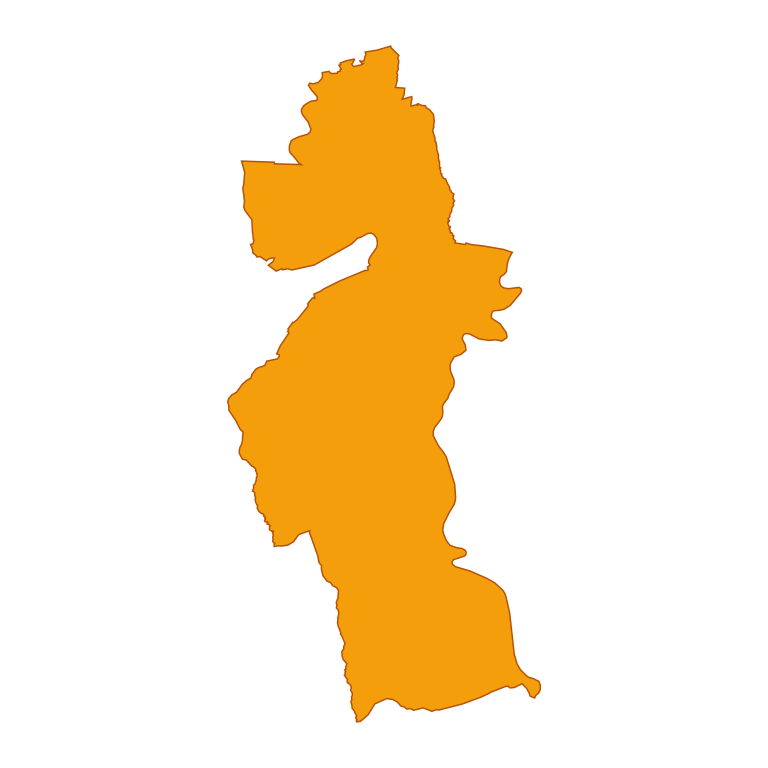 Balcesti, Vâlcea, Romania
{"feature_id": "2599482B45967319864847", "entity_name": "Balcesti", "entity_type": "district", "adm_level": 2, "iso_a3": "ROU", "parent_name": "Romania", "parent_adm1": "Vâlcea", "projection": "mercator", "projection_center": [23.929, 44.618], "detail": "fine", "context": "isolated", "style": "filled", "palette": "amber", "viewbox_px": 768, "rotation_deg": 0, "n_neighbors": 0, "source": "geoboundaries", "source_scale": "gbopen_adm2", "svg_char_len": 6074}
<svg xmlns="http://www.w3.org/2000/svg" viewBox="0 0 768 768"><path d="M538.8,681.3L533.5,678.7L528.7,677.3L526.3,675.6L520.5,669.8L517.1,664.0L514.2,654.1L509.7,613.3L506.3,598.1L505.0,593.8L502.8,590.2L494.8,582.9L486.6,578.3L470.0,571.0L455.4,566.7L452.6,564.4L452.0,562.6L453.2,559.8L464.6,556.0L465.9,554.5L466.1,551.9L465.1,550.2L462.3,548.6L456.1,547.5L449.9,545.3L446.3,540.5L443.7,534.2L442.7,530.1L443.7,523.7L449.2,512.5L454.2,504.4L455.4,499.9L455.6,497.2L454.7,484.3L446.4,457.3L443.4,452.2L438.2,445.4L433.3,435.7L433.3,431.2L434.7,427.4L441.0,419.2L442.5,416.0L442.8,411.0L442.4,406.2L444.1,403.0L447.8,398.4L449.0,394.6L453.6,386.7L454.2,383.1L453.9,379.4L450.9,372.3L450.1,368.0L450.1,365.1L451.1,362.1L454.2,356.8L460.9,354.4L466.0,350.2L465.2,344.6L462.4,339.4L462.3,337.5L463.4,335.0L465.4,333.6L469.3,333.8L479.0,338.9L488.8,340.4L495.5,339.8L501.9,341.0L506.6,337.9L507.0,336.2L506.0,332.2L500.1,323.8L492.0,318.5L491.4,317.2L491.4,314.6L492.4,311.8L493.7,310.8L500.8,310.1L504.5,309.0L510.3,305.3L520.6,293.0L521.6,290.9L521.2,288.8L519.2,287.4L508.4,288.7L503.7,287.9L501.0,286.1L499.5,282.8L499.7,279.4L500.5,276.8L504.2,274.3L506.4,271.6L507.3,263.8L509.0,258.2L512.3,252.4L503.3,249.4L482.4,245.8L471.2,244.6L466.1,243.0L465.4,244.5L454.8,242.9L455.6,241.0L453.1,238.5L453.9,235.9L452.8,235.5L452.7,234.3L451.6,232.6L450.3,232.7L450.2,230.3L449.1,228.8L450.1,227.9L450.3,226.5L449.1,226.6L447.7,223.3L448.4,222.7L447.9,221.7L449.2,221.2L449.5,220.4L448.3,219.8L448.0,218.9L449.8,216.8L449.8,214.5L451.6,211.4L451.9,207.8L453.6,205.4L453.2,202.7L454.6,200.9L452.8,198.4L453.9,194.2L451.4,192.2L450.8,190.4L449.8,189.7L449.6,187.5L446.6,181.8L445.8,179.0L443.7,178.4L441.6,175.5L441.9,174.1L440.6,173.2L440.6,170.3L439.6,168.9L440.6,167.9L439.6,167.3L439.5,161.5L438.9,160.8L438.3,156.8L438.6,155.6L436.6,148.9L436.9,147.1L436.2,146.0L436.6,145.2L436.0,142.1L434.9,141.2L435.0,138.0L432.8,131.3L432.9,129.5L433.9,127.2L433.5,126.3L434.3,120.8L433.4,114.5L429.8,110.0L426.3,107.7L425.4,105.7L421.9,105.5L418.0,103.7L417.5,103.8L417.7,105.1L417.0,105.1L417.0,104.6L411.1,106.1L410.8,105.1L412.0,98.0L411.7,96.6L402.1,99.3L404.1,94.7L404.7,88.2L395.4,87.5L397.3,80.3L396.8,79.3L397.5,78.5L397.0,77.2L397.6,75.3L396.7,72.5L398.3,69.3L398.0,65.6L398.7,62.8L398.7,60.3L397.6,58.2L398.9,55.5L391.1,47.8L390.6,46.1L377.6,50.0L365.2,52.1L365.9,54.6L364.9,56.6L364.0,60.7L361.9,61.5L359.4,60.5L361.7,63.0L363.3,63.7L361.3,64.8L353.6,66.6L351.6,64.0L352.5,63.3L354.5,59.3L353.9,59.1L345.8,60.9L340.3,63.0L340.1,64.0L340.6,64.6L339.0,65.3L341.2,69.1L340.2,69.5L340.2,71.2L337.7,71.8L337.3,73.2L332.2,73.6L330.3,73.0L329.1,71.4L322.2,72.6L322.5,76.1L321.9,78.4L318.6,82.2L313.5,83.9L309.5,83.2L308.5,85.4L311.3,89.8L317.3,96.7L317.2,99.9L316.0,100.6L311.3,101.1L306.9,103.4L303.5,106.0L301.4,109.7L301.4,111.6L302.6,114.9L308.3,122.2L310.9,129.3L310.2,131.9L307.6,134.3L299.3,136.6L293.2,139.4L291.1,141.0L289.4,146.0L289.3,150.2L290.1,152.7L295.0,158.0L298.7,163.0L301.2,164.6L274.4,163.8L274.4,162.2L241.6,161.1L244.7,172.5L243.6,185.2L242.8,187.9L244.5,201.3L243.8,207.4L245.1,210.7L251.9,219.8L252.5,233.0L252.9,233.8L253.2,238.9L253.9,240.2L253.0,243.8L250.5,244.4L252.6,249.7L252.8,252.8L255.8,255.2L256.9,257.0L260.2,256.6L266.5,260.9L268.1,259.2L271.2,258.1L274.4,257.8L273.2,261.5L268.3,265.3L276.2,271.1L281.8,268.7L282.5,269.8L288.0,268.7L291.6,270.0L314.3,265.0L348.8,245.6L351.9,243.7L357.6,238.2L361.2,237.0L367.8,233.4L371.4,233.1L374.2,234.7L376.8,238.4L377.4,243.9L376.6,247.5L370.0,257.2L368.8,260.0L368.5,261.8L368.9,263.4L370.2,264.8L367.4,267.2L368.0,268.5L367.9,270.4L365.1,270.4L339.4,281.1L323.3,289.2L320.8,291.1L313.9,294.1L314.6,296.6L314.0,297.2L314.6,298.3L312.4,298.0L307.5,304.0L308.3,305.0L307.8,306.5L297.3,319.5L293.7,322.5L292.8,322.3L288.0,329.0L288.5,330.4L287.6,331.6L289.1,332.8L280.5,345.4L276.9,353.3L276.7,353.9L279.2,354.9L279.3,356.3L277.6,358.9L266.8,361.1L264.7,365.6L257.9,367.9L255.7,369.4L251.9,374.4L250.9,378.1L246.4,380.6L242.5,384.1L236.5,392.3L231.9,394.8L228.6,398.8L227.6,402.2L228.7,404.9L228.9,410.2L235.9,420.8L240.2,429.3L243.0,431.8L242.4,441.0L241.4,444.7L239.9,447.6L239.1,452.1L239.8,454.3L242.4,459.2L246.4,460.1L251.9,466.3L253.3,466.5L255.7,469.1L255.6,470.8L256.3,471.8L257.3,476.0L256.3,477.9L256.3,479.8L255.1,483.8L253.6,485.1L253.6,488.1L252.5,491.2L254.6,492.2L254.8,495.7L255.7,498.1L255.1,498.9L255.7,502.1L256.9,504.9L257.7,505.4L257.2,508.3L259.0,511.5L261.1,513.2L263.3,514.1L263.9,514.8L263.7,516.2L265.5,517.3L264.8,518.4L265.4,519.5L264.5,520.5L264.9,521.5L266.0,522.1L267.4,521.7L268.0,522.9L267.1,524.0L268.7,524.3L270.3,525.8L269.5,527.0L269.4,529.6L271.7,531.3L273.2,531.0L273.2,532.1L272.5,533.1L273.2,534.5L272.8,537.5L273.1,539.8L272.6,540.9L273.3,542.3L274.6,543.1L274.1,544.0L274.3,546.6L277.5,545.8L281.8,546.0L287.9,545.1L293.6,541.6L298.7,534.6L309.8,530.6L309.4,532.3L317.8,555.9L318.8,561.7L319.8,563.8L321.4,565.1L321.4,569.3L323.0,575.8L327.1,581.2L330.6,582.6L332.7,585.7L336.3,587.5L338.5,590.3L338.0,597.7L336.2,602.8L336.9,604.4L336.4,608.0L338.0,609.8L338.8,612.3L338.3,616.6L337.6,617.9L338.0,619.2L337.5,622.6L338.1,625.8L340.8,632.8L340.5,634.2L341.5,635.2L345.1,643.7L343.8,646.3L343.6,649.3L341.9,651.3L342.1,656.0L343.3,659.7L347.0,664.0L345.8,666.6L345.8,669.0L344.7,669.8L345.7,671.6L345.0,672.1L345.3,674.0L344.3,675.1L347.5,679.8L347.1,681.3L347.5,682.9L349.1,683.6L350.9,685.8L351.3,687.1L350.7,690.2L352.2,692.9L352.4,695.2L351.6,696.7L351.8,700.0L351.0,701.1L351.0,702.2L351.9,705.3L352.1,708.2L354.5,711.2L354.9,712.9L356.7,716.0L355.6,717.8L357.0,719.7L356.3,721.0L356.9,721.9L360.5,721.3L368.1,714.8L374.8,703.9L386.7,698.6L393.0,699.5L397.7,702.3L400.8,706.0L403.8,706.8L406.9,709.1L409.3,708.6L411.7,709.1L413.5,710.3L423.1,707.9L432.0,711.3L436.2,709.7L439.0,710.0L462.0,704.1L480.5,697.3L489.5,693.2L489.6,692.7L505.9,686.3L507.8,686.1L510.0,687.9L514.4,687.5L522.1,683.7L526.6,688.4L529.2,693.2L530.1,696.1L534.6,698.0L535.9,695.3L538.6,693.1L540.1,690.0L540.4,685.4L538.8,681.3Z" fill="#f59e0b" stroke="#b45309" stroke-width="1.5"/></svg>